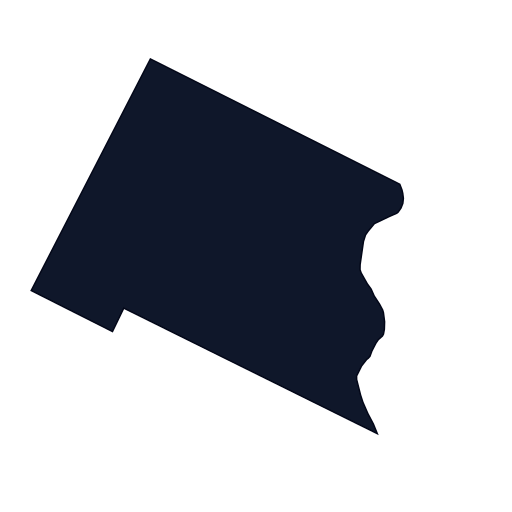 outline of Marion, Missouri, United States of America, rotated 26°
{"feature_id": "52423323B24545032731493", "entity_name": "Marion", "entity_type": "district", "adm_level": 2, "iso_a3": "USA", "parent_name": "United States of America", "parent_adm1": "Missouri", "projection": "orthographic", "projection_center": [-91.436, 39.803], "detail": "fine", "context": "isolated", "style": "filled", "palette": "ink", "viewbox_px": 512, "rotation_deg": 26, "n_neighbors": 0, "source": "geoboundaries", "source_scale": "gbopen_adm2", "svg_char_len": 707}
<svg xmlns="http://www.w3.org/2000/svg" viewBox="0 0 512 512"><g transform="rotate(26 256 256)"><path d="M69.1,385.6L160.1,386.8L160.0,360.8L442.9,362.5L435.2,355.6L425.6,348.6L416.1,340.5L411.0,335.2L400.6,322.9L399.0,319.7L399.1,308.5L400.8,300.5L401.7,298.7L402.4,296.2L401.8,290.6L402.0,281.6L402.6,277.6L404.7,272.5L404.8,270.3L403.5,265.6L400.4,258.7L395.4,251.1L393.5,249.0L388.1,245.1L379.7,240.1L374.0,235.3L368.2,232.2L357.9,225.1L355.5,222.7L353.4,218.2L346.2,195.8L345.2,189.0L345.9,184.5L348.2,175.0L358.3,162.3L363.8,155.8L364.5,154.3L365.3,149.3L364.9,144.3L363.2,139.6L360.4,135.3L358.2,132.6L353.8,128.5L74.7,125.2L69.1,385.6Z" fill="#0f172a" stroke="#020617" stroke-width="1.5"/></g></svg>